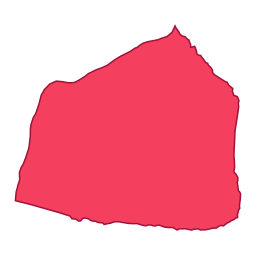 Alto Paraíso, Paraná, Brazil
{"feature_id": "56859067B45713063177583", "entity_name": "Alto Paraíso", "entity_type": "district", "adm_level": 2, "iso_a3": "BRA", "parent_name": "Brazil", "parent_adm1": "Paraná", "projection": "orthographic", "projection_center": [-53.797, -23.516], "detail": "fine", "context": "isolated", "style": "filled", "palette": "rose", "viewbox_px": 256, "rotation_deg": 0, "n_neighbors": 0, "source": "geoboundaries", "source_scale": "gbopen_adm2", "svg_char_len": 2193}
<svg xmlns="http://www.w3.org/2000/svg" viewBox="0 0 256 256"><path d="M182.7,228.9L184.9,228.7L187.2,229.1L189.6,229.6L191.3,230.1L193.5,229.4L196.2,229.0L198.2,228.9L200.5,230.0L203.4,229.8L205.5,229.8L208.2,229.3L210.6,228.7L212.8,228.2L216.6,228.0L218.3,226.5L220.8,225.4L223.5,225.9L224.9,224.7L227.4,222.8L229.2,222.2L231.4,220.6L234.1,219.5L235.9,217.9L237.6,217.5L237.4,214.8L238.2,212.0L238.7,210.0L239.8,208.2L239.4,206.1L240.2,199.6L240.6,194.1L239.7,191.9L238.3,190.5L237.8,185.8L237.2,182.4L237.9,180.2L237.7,177.2L235.9,174.1L233.8,171.8L234.6,167.6L234.4,161.4L233.9,155.1L234.6,140.7L234.8,135.8L235.0,131.1L237.3,116.4L238.7,106.9L238.3,103.4L239.0,100.6L237.3,96.6L233.8,95.3L232.4,91.3L232.8,88.6L228.4,84.8L227.3,82.4L224.4,81.1L222.4,79.8L220.1,78.4L217.1,76.4L215.0,75.1L212.6,72.8L212.5,70.0L210.4,67.0L208.5,65.5L207.6,63.2L205.9,62.8L204.0,60.0L202.1,57.6L200.7,55.5L198.1,55.0L196.7,53.4L196.5,51.1L194.7,46.3L192.6,46.9L190.7,47.2L190.6,44.4L189.5,42.1L189.0,40.1L187.2,39.0L185.2,36.8L181.9,35.8L180.1,34.3L178.7,31.7L176.1,28.1L175.0,25.9L172.2,32.2L169.4,34.6L166.7,36.7L161.7,38.2L158.2,39.7L147.9,41.7L144.9,42.6L142.8,43.4L139.1,45.7L137.2,47.4L134.9,48.2L130.2,51.4L120.9,56.1L119.1,57.1L114.0,60.3L108.6,64.3L106.7,65.6L104.5,66.5L102.5,67.5L96.2,69.8L88.4,73.6L84.8,76.5L77.9,80.8L73.8,82.6L68.5,82.8L62.5,81.7L56.3,81.1L49.8,84.0L44.4,89.6L41.2,95.4L39.0,104.0L36.5,111.4L35.4,114.1L33.3,117.5L30.9,124.9L30.4,129.1L30.3,135.9L29.1,146.6L28.4,149.4L25.6,158.0L23.0,164.7L21.2,167.4L19.4,172.6L19.7,179.8L17.9,185.3L17.0,189.2L16.2,191.8L15.4,200.7L20.5,202.0L31.4,204.7L59.8,212.8L67.2,215.2L70.1,216.1L72.0,218.8L75.9,219.1L78.7,221.1L80.8,220.8L82.7,218.3L85.1,218.0L88.8,218.9L90.6,220.4L92.7,221.1L95.1,221.2L98.3,222.5L101.2,222.8L103.0,223.0L104.2,224.5L106.9,223.8L110.5,223.2L113.3,222.1L116.5,221.7L119.4,221.8L122.2,222.4L125.4,222.9L128.3,223.4L130.4,223.5L133.8,223.7L136.3,223.5L138.1,223.9L142.4,225.2L145.5,225.8L148.1,225.1L150.7,224.9L153.2,225.8L155.4,225.9L158.9,225.0L161.3,225.9L164.2,227.0L168.2,227.5L170.4,227.5L172.7,227.5L175.0,228.7L177.2,230.0L179.6,228.7L182.7,228.9Z" fill="#f43f5e" stroke="#9f1239" stroke-width="1.5"/></svg>